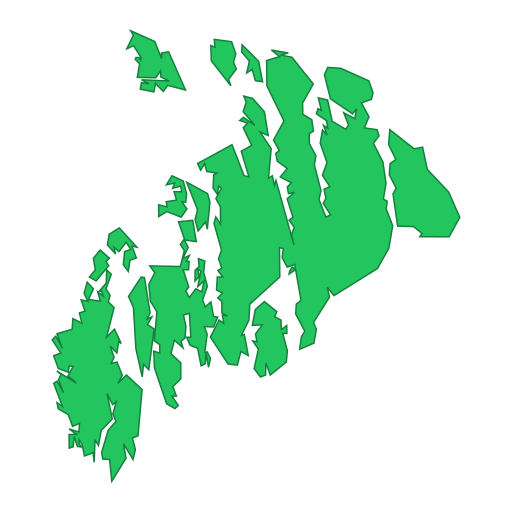 outline of Solund nor, Norway
{"feature_id": "86288312B33021922891933", "entity_name": "Solund nor", "entity_type": "district", "adm_level": 2, "iso_a3": "NOR", "parent_name": "Norway", "parent_adm1": "", "projection": "mercator", "projection_center": [4.829, 61.105], "detail": "fine", "context": "isolated", "style": "filled", "palette": "green", "viewbox_px": 512, "rotation_deg": 0, "n_neighbors": 0, "source": "geoboundaries", "source_scale": "gbopen_adm2", "svg_char_len": 6017}
<svg xmlns="http://www.w3.org/2000/svg" viewBox="0 0 512 512"><path d="M271.4,50.0L279.6,56.6L266.6,60.5L266.9,85.9L284.0,120.9L273.5,140.1L279.3,150.5L275.8,153.4L277.2,161.1L287.2,168.5L280.3,176.9L291.4,182.8L287.3,186.9L288.5,193.7L294.5,192.1L287.2,198.8L292.9,217.3L289.1,220.2L294.2,227.2L291.6,234.4L294.0,245.1L276.0,180.4L274.4,185.4L272.4,175.8L268.5,178.1L271.2,148.7L260.1,132.1L268.2,135.5L264.4,111.8L252.5,98.3L243.7,96.1L246.3,101.9L243.2,111.7L254.9,125.5L243.5,117.3L239.7,120.5L247.6,123.1L243.2,127.7L251.7,145.4L241.2,151.2L248.9,176.8L244.1,175.7L232.0,144.7L197.6,163.5L200.7,170.2L204.6,163.7L206.8,171.6L217.1,173.0L213.7,174.8L213.1,188.1L217.4,194.4L218.6,185.9L221.3,188.4L215.9,198.6L220.4,206.7L220.6,224.1L215.8,216.9L214.0,223.5L221.5,250.0L218.5,258.7L221.8,268.2L217.9,270.4L222.7,277.1L217.3,277.0L216.5,290.1L222.5,293.0L217.7,298.0L221.8,301.4L221.9,313.0L227.5,316.0L222.4,315.1L223.7,323.4L219.1,320.0L210.4,337.1L228.1,364.1L237.4,365.1L240.9,351.4L248.3,355.6L244.3,334.5L241.4,335.4L248.9,320.1L249.8,304.2L279.8,277.0L279.5,247.6L283.3,248.6L282.1,257.5L287.2,267.1L294.8,264.5L295.6,269.2L292.4,267.1L289.7,270.8L289.1,274.1L295.6,269.6L301.0,300.3L296.3,304.1L295.7,314.0L304.8,331.2L301.4,336.7L299.6,349.3L313.9,343.2L316.4,329.2L313.5,322.5L329.5,297.1L327.2,287.2L334.0,295.6L377.5,268.5L388.9,248.2L392.7,225.7L386.2,209.0L387.2,201.3L383.4,199.1L386.0,183.2L382.9,161.9L373.4,143.3L379.0,135.9L377.1,129.7L364.4,127.9L369.0,116.8L361.4,102.9L371.4,99.4L373.0,92.8L368.9,80.9L340.8,68.3L327.7,67.4L324.4,74.9L330.5,98.9L352.6,113.9L356.6,108.8L354.8,118.7L343.7,112.7L348.5,125.1L345.6,129.2L332.2,121.3L327.6,100.0L318.3,97.8L321.4,110.6L318.0,108.6L316.4,113.8L326.6,120.7L327.7,128.2L323.6,125.3L327.1,135.3L322.5,130.0L320.2,143.1L327.0,162.6L322.4,175.2L329.8,186.7L324.0,189.3L325.9,198.3L323.2,203.4L330.6,214.9L325.9,217.0L319.0,199.5L321.0,190.6L314.4,165.0L315.9,155.7L309.4,143.7L309.2,133.8L313.5,131.1L311.8,119.7L302.8,114.3L302.6,103.0L313.3,84.0L291.9,57.2L280.5,55.1L288.3,53.0L271.4,50.0ZM106.7,269.9L106.2,283.1L99.2,291.3L101.5,290.9L103.2,296.1L97.7,291.8L100.3,301.2L88.6,299.5L93.4,288.8L87.2,282.1L84.1,293.3L87.9,301.4L81.1,299.8L85.0,311.2L79.4,312.9L81.9,323.3L72.9,318.6L72.1,329.3L57.0,333.7L62.4,348.5L55.8,336.2L52.2,339.8L60.8,353.1L53.7,355.7L58.3,368.5L68.4,372.3L69.1,365.9L73.1,366.5L67.9,376.2L74.8,381.1L75.3,382.5L56.8,371.0L61.0,374.4L58.5,379.7L63.6,392.8L57.0,381.1L53.7,383.4L62.5,406.5L57.0,402.7L58.2,408.8L68.2,414.6L72.6,426.4L79.5,423.3L78.9,432.0L69.2,428.9L76.3,434.3L69.1,434.5L69.2,448.1L73.2,446.8L74.2,436.5L77.4,446.5L81.4,447.0L79.1,443.7L79.2,440.0L82.1,444.5L84.4,456.0L93.1,452.8L94.2,462.3L95.0,440.3L98.5,445.4L101.2,430.5L112.3,419.0L107.1,393.6L112.6,404.6L116.2,401.8L112.9,413.8L115.9,421.5L108.2,430.2L101.6,452.5L102.8,459.1L109.6,459.5L111.8,481.3L126.0,458.2L123.5,443.7L133.0,459.5L135.4,449.5L132.4,438.0L138.0,435.8L142.1,389.5L126.5,375.0L117.9,383.3L122.3,375.3L117.0,362.1L111.1,363.5L114.1,357.4L110.2,346.1L116.9,353.0L118.7,341.6L121.2,343.5L114.5,329.1L106.6,337.2L114.1,307.5L108.3,301.9L110.1,295.4L106.0,288.7L111.3,274.3L106.7,269.9ZM192.7,220.3L178.5,221.8L184.4,238.9L180.3,244.4L184.3,250.7L180.4,266.5L149.8,265.9L154.8,272.7L148.8,284.3L150.4,301.2L156.9,311.7L154.3,340.8L159.7,344.6L159.8,353.1L153.8,351.1L154.4,367.8L166.6,403.8L174.9,408.6L178.3,405.5L171.9,396.0L176.4,396.1L172.9,386.6L180.8,378.9L180.8,362.9L171.0,353.7L174.4,340.2L183.0,347.9L180.9,341.3L184.9,338.1L186.0,326.8L183.5,315.0L189.4,313.3L190.8,337.3L186.6,337.2L190.1,345.3L197.6,348.3L201.1,365.8L205.3,363.8L206.0,352.9L208.5,367.2L210.5,358.5L207.2,351.9L204.8,352.3L207.2,334.2L204.3,326.6L213.5,327.0L217.7,317.2L213.5,316.3L210.9,301.9L205.2,306.9L202.6,299.8L207.4,286.3L203.6,272.1L204.9,261.1L198.4,258.6L199.1,266.6L195.1,270.2L195.0,281.0L199.1,276.4L197.8,269.0L200.9,271.0L197.8,286.5L204.0,281.0L201.8,291.8L195.8,288.8L189.3,297.5L185.7,290.9L188.8,287.2L183.2,269.7L188.6,269.8L189.1,261.4L186.3,261.3L189.4,255.5L182.7,258.6L188.2,247.5L184.5,240.0L196.3,241.6L192.7,220.3ZM389.8,129.6L388.6,144.7L395.9,159.5L390.1,163.6L389.3,174.8L396.2,188.2L393.0,193.8L397.6,226.1L413.6,226.6L422.0,233.5L419.8,236.7L449.1,236.8L459.8,217.4L448.7,192.1L427.3,169.4L422.6,147.2L414.1,148.8L389.8,129.6ZM264.4,301.6L255.3,309.5L252.3,325.4L262.3,324.8L255.5,334.0L257.0,341.8L252.7,340.9L258.4,349.1L254.1,368.6L260.4,377.0L265.6,375.1L265.9,362.9L270.3,375.0L286.3,362.1L287.4,350.8L282.7,333.3L286.9,333.5L286.7,325.5L281.4,329.5L281.0,320.1L274.8,316.7L276.8,311.6L264.4,301.6ZM130.6,30.7L133.3,35.3L126.8,48.8L133.5,45.7L141.2,57.7L140.6,60.0L139.3,57.6L136.0,57.5L135.2,59.4L139.6,63.7L137.3,77.4L155.7,77.8L160.6,70.9L160.9,77.0L169.2,81.0L141.5,79.8L148.9,83.8L141.4,82.6L140.3,89.2L153.9,91.9L155.5,83.5L163.3,91.5L167.6,85.4L185.5,90.0L168.6,51.8L161.5,53.0L161.5,58.5L154.8,41.5L130.6,30.7ZM144.5,277.6L141.2,277.0L128.5,296.4L133.4,307.4L135.9,348.8L142.2,376.9L143.5,364.3L148.8,369.7L154.1,329.0L147.4,324.5L151.9,316.8L147.1,319.0L150.1,313.0L144.5,277.6ZM231.6,41.7L214.2,39.4L215.0,47.2L210.8,45.5L211.3,60.8L230.9,85.9L228.6,79.4L236.4,69.0L233.5,62.5L235.8,53.8L231.6,41.7ZM207.6,193.6L186.7,182.2L197.5,209.8L195.1,219.6L198.1,231.0L205.6,221.9L207.3,229.2L209.9,202.2L207.6,193.6ZM172.0,175.8L166.4,184.8L174.7,183.1L172.6,188.3L180.7,186.1L181.7,191.8L174.0,191.6L176.5,200.1L166.2,201.7L167.0,206.9L158.6,204.8L158.7,216.6L166.8,211.6L181.3,217.2L186.9,208.9L181.9,201.7L185.7,202.3L186.6,193.8L183.2,181.0L172.0,175.8ZM119.3,227.9L109.1,234.3L107.4,245.0L115.6,253.9L113.9,247.1L118.9,251.7L126.2,242.2L130.7,249.4L124.6,251.6L123.3,264.7L128.3,271.4L130.0,260.2L136.4,258.0L132.0,246.1L136.9,247.2L119.3,227.9ZM258.7,61.4L242.1,44.8L241.7,51.9L249.4,61.2L246.7,73.0L252.2,69.4L255.3,80.6L262.6,81.8L258.7,61.4ZM109.4,258.2L100.2,250.0L93.4,258.3L95.3,269.9L89.4,277.0L96.1,280.9L108.7,265.7L106.0,261.4L109.4,258.2Z" fill="#22c55e" stroke="#15803d" stroke-width="1.5"/></svg>